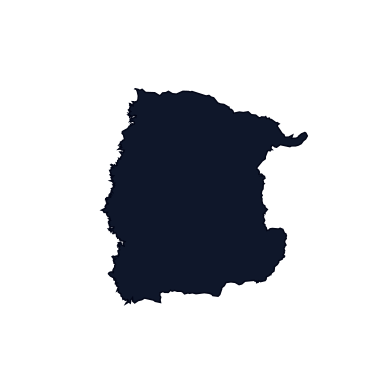 Sao Miguel Arcanjo, São Miguel, Cabo Verde, rotated 228°
{"feature_id": "66160863B69203973191500", "entity_name": "Sao Miguel Arcanjo", "entity_type": "district", "adm_level": 2, "iso_a3": "CPV", "parent_name": "Cabo Verde", "parent_adm1": "São Miguel", "projection": "albers", "projection_center": [-23.626, 15.191], "detail": "fine", "context": "isolated", "style": "filled", "palette": "ink", "viewbox_px": 384, "rotation_deg": 228, "n_neighbors": 0, "source": "geoboundaries", "source_scale": "gbopen_adm2", "svg_char_len": 6051}
<svg xmlns="http://www.w3.org/2000/svg" viewBox="0 0 384 384"><g transform="rotate(228 192 192)"><path d="M230.9,276.5L230.4,276.0L235.7,274.3L238.5,271.9L241.0,270.7L247.5,271.1L249.7,269.7L252.4,269.2L253.9,266.7L266.7,259.2L267.6,257.5L268.9,256.8L272.9,252.6L275.1,246.0L278.1,243.2L282.6,241.8L283.2,239.2L285.3,236.4L284.9,233.3L285.4,232.3L290.7,230.7L297.0,224.1L301.7,223.6L302.4,221.2L303.9,220.8L305.3,219.9L306.7,218.9L306.7,218.7L305.4,219.4L303.3,218.7L299.3,216.4L296.8,213.7L296.0,211.2L296.8,210.5L296.6,209.3L297.8,209.3L298.8,208.3L297.1,208.3L297.3,207.7L295.7,206.0L297.0,205.7L296.4,205.1L296.7,204.6L298.7,205.3L299.4,204.8L297.8,203.9L297.5,204.4L297.7,203.7L297.1,203.7L295.4,201.0L295.5,199.7L294.1,199.6L293.9,200.3L292.9,200.3L293.6,199.3L292.7,198.8L292.2,197.6L292.6,197.4L291.7,197.3L292.2,196.1L290.8,196.4L290.8,197.0L289.2,195.7L289.1,196.8L290.0,196.8L290.1,197.1L289.0,197.2L289.4,197.8L288.4,198.1L287.7,200.5L286.1,201.7L285.1,200.2L285.9,199.9L286.1,197.0L286.9,197.0L286.6,196.7L287.5,195.8L287.1,194.4L285.7,194.2L286.3,194.0L286.1,193.2L285.9,193.7L285.1,193.3L284.5,195.1L283.0,196.0L281.4,195.1L281.3,194.2L282.7,193.2L281.8,193.0L282.3,191.7L283.2,191.5L282.2,190.8L282.9,189.6L282.1,186.6L283.5,180.8L282.3,179.3L280.4,179.4L276.7,177.4L276.2,176.1L276.8,174.8L276.2,174.1L276.9,172.3L276.1,171.5L275.7,169.2L274.4,170.9L273.3,170.1L273.8,168.8L272.3,169.2L273.0,167.7L273.0,166.0L271.8,167.7L270.5,167.8L268.3,169.5L267.2,167.3L268.6,166.8L269.9,165.2L266.0,164.9L265.5,162.2L264.4,161.0L265.9,160.1L265.1,159.8L265.0,157.8L263.3,156.0L264.3,155.3L262.0,154.1L262.3,153.0L264.0,152.6L263.7,151.7L266.5,150.5L266.5,149.8L264.9,150.1L263.7,149.5L263.9,148.9L263.2,149.2L263.8,148.3L262.5,146.2L263.1,145.3L259.6,144.1L259.7,142.8L258.8,142.5L256.5,144.6L256.2,142.9L257.1,142.5L256.9,141.5L253.6,140.8L252.7,141.4L253.5,140.4L254.2,140.6L255.1,138.8L253.0,140.0L251.1,139.5L250.4,140.2L250.4,139.1L249.5,139.0L250.1,138.4L248.7,138.5L249.1,137.5L247.8,137.3L248.3,134.6L247.4,134.9L247.2,133.2L245.6,132.8L246.3,132.6L246.2,131.8L245.2,130.8L245.4,130.0L244.6,130.1L245.2,129.6L245.0,129.4L244.7,129.8L244.5,129.7L245.2,128.4L244.7,128.0L243.2,128.8L242.5,127.9L243.9,126.8L243.7,126.1L244.8,125.0L244.6,123.9L244.1,123.9L244.7,123.4L244.1,122.7L243.1,123.7L243.1,122.6L241.8,121.7L239.9,122.0L239.4,121.3L240.3,120.7L239.4,117.8L237.8,117.1L239.0,112.7L237.6,113.6L235.7,113.0L233.4,115.5L233.1,114.0L231.5,113.4L229.6,113.3L228.9,114.0L226.8,113.0L227.6,112.3L225.5,112.3L225.9,111.4L225.3,110.8L225.8,110.3L225.6,109.8L224.5,110.0L223.9,108.3L223.8,109.3L223.0,109.2L222.2,108.0L221.0,108.1L218.2,110.4L217.4,109.1L218.5,107.4L221.1,106.8L219.0,106.9L220.4,105.2L219.0,105.2L219.2,104.4L218.1,105.6L216.5,105.1L216.8,106.0L216.2,107.3L215.3,107.1L214.1,105.5L213.4,106.2L213.5,107.5L212.7,107.9L211.0,107.5L209.2,106.1L207.9,106.5L207.4,106.0L207.1,106.7L205.2,107.0L204.8,106.2L199.9,108.9L200.0,106.6L197.4,105.4L199.6,104.2L202.5,105.5L203.4,103.5L202.4,103.7L202.9,103.1L202.2,102.5L202.6,102.2L202.4,101.3L202.1,102.4L201.9,101.3L201.4,101.9L201.5,101.1L200.7,101.4L201.4,100.8L200.8,100.2L199.9,101.8L198.7,99.8L197.8,99.6L198.3,99.0L197.9,99.2L197.6,98.6L197.8,97.6L194.1,95.7L194.6,94.8L193.6,93.8L195.2,92.9L195.3,91.6L197.2,90.4L197.3,89.3L196.0,89.5L194.7,88.8L193.5,90.0L193.7,87.8L191.4,86.7L191.0,85.9L191.3,87.3L189.2,86.5L189.0,85.4L187.1,83.5L187.6,83.7L187.5,82.9L186.7,80.9L185.0,80.1L184.8,79.3L185.8,79.5L186.9,78.0L187.5,76.5L187.1,75.2L184.1,75.2L179.9,76.7L180.2,76.1L178.7,75.2L177.4,76.3L175.9,74.7L174.6,75.4L175.3,73.9L174.9,73.6L174.0,74.2L172.7,73.2L170.7,73.9L168.8,70.2L168.5,71.9L166.9,70.3L163.8,71.0L162.1,69.7L160.7,70.1L158.4,68.9L157.9,70.2L156.2,69.9L155.4,71.9L154.7,71.4L154.1,72.1L153.4,71.1L153.8,69.5L153.3,68.0L152.6,71.5L150.8,71.8L152.8,74.5L153.3,77.1L150.4,74.9L147.9,75.2L147.4,79.3L145.6,82.6L145.0,85.7L137.5,91.1L135.4,91.5L131.0,94.7L133.2,96.0L134.8,98.4L136.8,98.8L138.5,100.8L137.6,103.7L135.7,104.6L133.3,107.2L133.4,110.3L131.6,110.9L130.5,113.3L128.1,114.6L125.5,117.5L124.1,118.2L121.3,118.3L119.7,121.6L118.5,122.2L116.8,124.9L113.8,126.9L109.0,133.8L105.3,137.0L102.8,138.3L101.1,138.2L97.1,141.7L97.2,144.0L100.2,149.3L101.0,149.8L100.8,153.3L102.0,156.7L99.2,160.8L96.0,163.6L91.7,165.0L90.4,167.5L90.3,171.7L84.8,179.1L83.6,179.2L82.6,180.4L81.6,179.6L81.5,180.4L81.1,180.0L80.7,180.8L81.3,182.3L79.6,182.9L77.3,187.1L77.6,188.6L79.2,190.5L78.3,193.2L78.6,194.6L77.8,195.1L78.7,196.9L78.4,200.0L81.3,203.3L81.1,206.9L81.8,209.4L82.9,210.4L81.8,214.1L82.5,214.9L82.0,217.1L82.4,217.9L84.3,217.6L85.1,220.0L86.1,220.2L86.3,221.5L88.4,222.3L89.8,225.3L89.7,226.3L92.9,227.2L94.1,229.0L94.3,230.8L95.9,231.8L96.2,232.8L98.1,233.7L99.6,233.1L103.4,234.5L106.1,233.2L106.6,231.5L111.1,227.3L112.4,225.3L112.2,223.9L113.3,221.8L116.0,223.3L117.6,223.2L118.9,224.3L121.0,223.9L122.4,227.1L125.7,228.2L126.6,229.6L127.8,230.0L127.9,231.3L127.2,231.8L128.0,232.3L128.6,236.3L131.5,235.9L132.9,236.8L135.4,236.2L138.6,237.9L140.2,239.5L142.1,240.1L142.5,241.9L144.5,242.3L146.3,244.7L146.8,246.8L150.0,250.0L149.9,251.2L150.5,251.0L153.7,252.8L153.4,255.4L155.2,256.3L157.4,254.5L157.0,255.8L158.7,255.7L160.5,253.7L161.8,255.4L163.6,256.0L165.5,255.6L166.8,256.5L168.1,265.0L167.7,268.6L169.4,270.3L172.1,275.7L171.3,277.2L170.3,277.6L170.6,279.1L170.0,279.8L171.2,279.7L172.6,280.8L173.1,282.7L172.7,283.4L170.1,283.8L168.7,284.8L168.2,289.3L160.2,295.1L159.7,296.9L157.1,299.7L155.8,302.2L154.9,305.5L155.6,308.9L155.4,311.9L156.5,315.2L159.5,316.0L160.7,315.7L161.9,312.2L162.1,308.4L161.6,307.5L162.3,305.3L165.3,301.7L167.0,304.8L168.0,300.7L170.2,298.0L171.2,297.8L173.2,298.6L174.8,298.0L183.9,299.3L184.7,300.9L184.4,302.3L186.6,301.7L187.1,300.7L192.7,299.5L194.0,298.4L195.1,298.9L196.6,296.6L198.7,297.2L198.9,296.2L201.3,293.9L201.4,292.6L202.4,291.4L206.5,290.8L209.7,287.8L214.0,287.4L216.7,283.2L219.7,280.7L222.6,275.7L225.1,276.6L226.9,276.5L228.7,275.3L230.9,276.5Z" fill="#0f172a" stroke="#020617" stroke-width="1.5"/></g></svg>